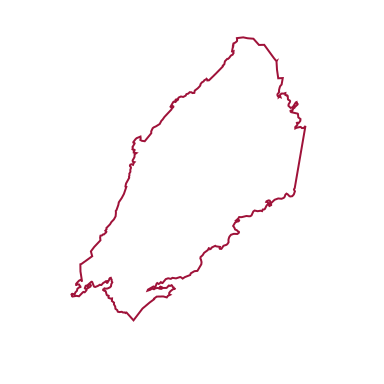 Aulejas pag., Kraslavas, Latvia (Equal Earth projection), rotated 312°
{"feature_id": "27541924B14903693215581", "entity_name": "Aulejas pag.", "entity_type": "district", "adm_level": 2, "iso_a3": "LVA", "parent_name": "Latvia", "parent_adm1": "Kraslavas", "projection": "equal_earth", "projection_center": [27.253, 56.05], "detail": "fine", "context": "isolated", "style": "outline", "palette": "rose", "viewbox_px": 384, "rotation_deg": 312, "n_neighbors": 0, "source": "geoboundaries", "source_scale": "gbopen_adm2", "svg_char_len": 6026}
<svg xmlns="http://www.w3.org/2000/svg" viewBox="0 0 384 384"><g transform="rotate(312 192 192)"><path d="M171.1,127.9L170.2,128.1L169.7,128.7L169.6,129.8L169.1,130.5L167.2,131.3L165.8,132.7L163.6,133.2L162.6,134.3L161.1,135.0L160.6,135.8L154.2,137.3L151.6,138.8L151.4,139.2L151.8,139.8L145.0,142.7L140.5,143.8L135.4,144.5L133.1,145.9L128.0,148.0L127.0,148.0L125.5,149.5L122.8,151.5L119.4,152.3L115.6,152.2L113.2,152.7L107.9,152.5L107.2,153.4L105.2,153.5L105.2,154.9L104.6,155.2L101.5,154.9L101.0,154.3L99.6,154.2L98.3,153.2L96.7,154.2L94.8,156.3L85.7,156.1L80.2,156.6L77.5,160.8L64.6,158.0L63.6,157.4L58.3,162.3L51.8,170.3L52.4,168.7L52.2,168.0L50.6,167.4L47.6,167.3L46.1,167.4L45.4,168.1L45.6,168.4L46.8,168.6L47.7,170.1L47.2,171.3L47.2,172.2L46.7,172.7L45.4,171.9L43.4,171.6L41.6,172.6L39.3,172.5L37.7,173.2L37.3,173.0L36.2,171.1L35.7,170.9L35.1,171.1L35.0,171.9L34.3,172.5L34.3,173.1L37.5,175.6L38.9,177.8L44.5,178.0L45.1,178.2L45.4,179.1L45.8,179.4L48.4,179.3L49.3,178.6L48.7,177.5L48.8,176.7L51.1,175.8L51.7,176.0L52.4,177.6L50.4,178.8L53.7,179.8L54.9,179.4L55.1,178.7L54.9,178.2L53.5,177.1L53.5,176.8L58.0,177.3L58.3,177.7L58.3,178.1L56.4,181.9L56.2,182.6L56.6,183.6L59.2,184.9L61.5,185.6L61.8,186.4L62.3,186.9L65.1,186.9L66.7,187.5L67.9,187.6L69.1,188.6L68.9,188.9L67.7,189.0L67.6,189.6L67.9,189.9L71.3,189.2L72.4,188.6L73.4,188.7L73.9,189.1L73.2,190.0L73.2,190.8L71.9,192.1L71.6,193.2L69.7,193.6L67.6,194.9L66.1,194.8L63.6,193.7L62.1,192.1L61.8,191.4L60.9,191.5L60.2,191.2L59.7,191.5L59.9,193.0L60.5,193.7L60.4,194.4L58.5,197.4L58.4,198.0L59.0,199.1L59.1,199.6L58.0,200.2L57.5,200.9L58.4,203.0L59.4,203.8L57.4,205.4L57.6,208.1L56.3,209.1L55.5,211.6L54.0,213.2L54.2,215.5L53.4,216.9L54.1,218.3L56.0,220.0L56.3,221.4L57.6,222.7L57.5,223.5L58.6,224.0L57.5,234.4L72.3,233.2L81.6,234.5L87.0,235.6L87.3,235.1L90.7,235.8L95.2,240.6L96.8,243.8L98.7,243.6L101.0,244.5L100.7,243.5L101.5,242.8L102.0,242.5L103.9,242.4L107.0,242.9L108.3,244.0L108.6,243.9L108.3,243.0L108.8,242.3L108.5,241.3L109.1,239.9L109.1,239.2L107.4,238.5L107.1,237.4L106.9,237.3L104.4,237.4L103.5,237.1L101.4,234.7L99.3,233.9L99.1,233.5L99.5,233.1L100.4,233.4L101.0,233.1L100.5,231.8L99.9,231.7L98.3,232.2L97.8,230.8L96.0,229.3L94.3,228.8L93.4,226.9L91.4,226.4L88.9,225.0L90.0,224.6L96.0,226.6L96.3,227.2L95.9,228.0L96.2,228.2L97.5,228.1L100.3,227.0L101.1,227.1L101.4,228.8L102.3,229.1L104.2,229.2L104.3,230.6L104.6,231.0L109.7,230.8L111.9,232.0L113.3,234.4L115.1,234.9L117.1,237.9L120.9,240.1L121.3,241.3L121.4,243.0L123.9,243.6L129.1,246.2L130.7,245.5L134.8,246.8L137.0,248.8L144.5,247.3L146.3,246.0L147.8,243.8L148.1,242.8L149.4,241.9L152.2,242.2L154.9,241.7L159.3,242.6L161.5,242.1L161.9,243.3L161.6,243.7L162.1,244.0L164.2,243.9L167.6,245.3L167.7,246.2L169.9,249.5L168.5,250.3L168.4,250.7L169.4,251.9L173.1,251.4L175.9,253.0L177.4,253.1L179.1,252.8L180.7,251.2L182.1,250.4L183.9,249.7L186.3,249.6L188.8,251.0L191.2,253.8L192.8,254.1L193.6,253.8L193.8,253.4L193.5,252.5L193.6,251.0L193.0,249.1L193.9,247.2L194.3,245.3L198.1,244.5L199.9,245.1L201.2,246.1L202.0,246.2L202.5,246.0L202.5,245.7L200.4,244.4L200.2,243.8L203.2,244.1L204.9,243.8L206.5,245.7L210.6,248.5L212.1,250.6L213.0,251.5L214.4,251.9L218.5,250.6L220.1,250.9L221.7,253.7L223.9,255.4L224.7,256.9L226.3,256.3L227.2,257.2L228.2,257.5L231.8,256.5L233.6,256.5L234.8,257.6L233.5,258.4L233.4,258.9L235.2,259.6L235.4,259.4L234.8,258.7L235.5,258.2L235.1,257.7L235.3,257.1L234.9,256.2L234.9,254.7L234.3,253.8L234.9,253.6L236.2,254.1L237.2,254.7L237.6,255.6L236.6,257.7L236.7,258.2L241.5,258.6L244.9,260.4L246.9,263.1L249.0,264.1L250.4,264.1L252.5,263.2L254.0,263.3L254.3,264.5L254.1,267.3L254.5,268.1L256.0,269.3L258.3,269.3L261.4,268.0L261.8,266.6L262.2,266.0L263.7,265.7L317.0,232.1L315.4,232.3L314.0,231.9L313.0,230.8L313.1,229.7L312.9,229.0L309.5,226.6L308.4,226.2L309.3,225.3L312.3,225.4L313.0,224.8L313.5,223.7L313.9,223.8L314.3,225.0L314.9,225.1L317.3,224.9L318.8,223.8L318.6,221.1L320.9,218.5L320.9,218.0L317.7,212.3L317.7,211.6L318.2,210.9L318.9,211.1L318.9,211.8L319.4,212.2L321.7,211.4L323.1,211.8L324.0,211.6L327.7,211.9L328.1,211.6L328.0,210.5L328.5,210.2L328.4,209.8L328.7,209.5L328.0,209.2L323.1,210.0L321.5,209.7L320.5,209.0L320.6,206.0L321.8,205.1L324.1,204.7L325.2,204.1L325.4,203.3L325.0,202.0L325.1,201.3L327.1,199.2L327.0,198.7L327.5,198.4L327.4,197.7L326.7,196.9L326.6,196.3L328.0,195.2L326.2,194.1L325.4,192.9L323.7,192.4L322.7,192.6L321.7,194.3L321.3,193.1L320.5,193.0L321.4,192.3L320.7,191.7L320.9,191.0L321.8,190.1L324.6,189.9L324.7,189.5L325.4,189.1L325.9,188.5L328.4,187.2L329.8,186.7L331.8,186.7L337.4,183.2L334.2,180.0L339.8,173.3L345.5,167.5L346.1,167.3L345.7,167.2L346.3,163.3L349.7,147.2L346.1,143.4L347.0,135.1L343.5,130.5L341.2,126.6L336.4,122.4L335.1,123.9L334.1,124.5L332.0,124.2L330.1,123.4L328.5,124.3L328.8,124.5L327.3,125.5L326.5,125.7L323.2,127.7L323.4,128.2L324.4,128.7L323.4,129.4L323.1,129.9L321.2,130.3L319.4,129.6L316.6,129.9L315.0,129.7L314.5,129.1L311.2,129.0L308.4,130.6L306.5,130.3L306.0,130.9L295.8,130.5L286.4,129.9L285.2,128.8L285.8,128.1L285.8,127.0L285.1,127.1L283.4,126.4L281.9,126.6L280.0,126.0L277.7,126.2L276.7,126.9L275.6,127.0L272.9,126.9L269.2,126.2L267.2,127.4L265.8,126.1L265.8,125.0L264.6,123.5L262.7,123.4L261.0,122.4L259.4,122.8L258.2,122.4L256.7,121.8L255.6,119.9L253.3,118.9L252.0,119.1L251.5,119.7L250.6,119.8L250.2,119.5L250.8,118.8L250.1,118.2L249.2,118.2L248.1,118.7L248.3,119.5L247.8,119.5L246.8,117.9L246.1,117.9L241.0,119.0L241.0,119.5L242.3,119.7L243.0,120.2L243.1,120.9L242.5,121.3L240.8,121.1L239.5,121.5L229.4,121.3L226.0,121.7L224.5,121.6L220.9,122.5L216.7,121.3L214.4,120.3L213.1,120.1L209.8,121.1L208.4,122.4L198.1,122.9L196.5,120.5L196.1,118.8L197.7,117.8L198.7,116.6L194.9,114.8L193.3,114.7L189.8,115.0L189.5,115.3L189.9,116.5L189.7,116.9L185.6,117.7L185.1,118.6L183.9,119.1L184.0,120.1L184.8,120.9L184.8,121.3L182.8,121.8L182.3,122.3L183.7,124.6L181.6,124.2L179.4,125.9L175.8,126.7L174.9,127.8L175.7,129.3L174.5,129.3L172.7,130.0L172.1,128.4L171.1,127.9Z" fill="none" stroke="#9f1239" stroke-width="2"/></g></svg>